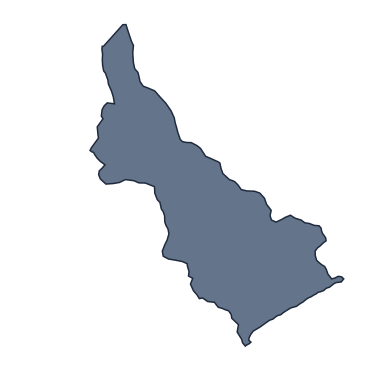 the district of Pyrgos Lemesou, Limassol, Cyprus, rotated 316°
{"feature_id": "46923920B45908077998395", "entity_name": "Pyrgos Lemesou", "entity_type": "district", "adm_level": 2, "iso_a3": "CYP", "parent_name": "Cyprus", "parent_adm1": "Limassol", "projection": "orthographic", "projection_center": [33.184, 34.741], "detail": "fine", "context": "isolated", "style": "filled", "palette": "slate", "viewbox_px": 384, "rotation_deg": 316, "n_neighbors": 0, "source": "geoboundaries", "source_scale": "gbopen_adm2", "svg_char_len": 2515}
<svg xmlns="http://www.w3.org/2000/svg" viewBox="0 0 384 384"><g transform="rotate(316 192 192)"><path d="M228.6,24.8L226.3,26.8L223.3,30.9L219.5,34.4L215.6,38.9L212.5,43.7L212.3,46.3L209.3,53.0L206.9,56.2L204.1,63.7L201.4,69.0L197.5,74.7L192.9,69.0L188.9,69.0L184.6,70.3L179.5,74.4L178.8,77.5L169.1,79.3L164.2,85.4L162.2,88.2L154.8,89.5L150.3,90.3L147.5,91.3L147.9,93.7L148.7,95.1L148.0,97.7L147.3,101.7L147.3,106.1L148.3,112.0L143.9,112.4L139.9,112.4L136.9,114.7L135.1,119.0L135.6,126.5L141.1,131.1L146.5,134.8L152.7,136.8L158.1,143.6L160.1,148.5L164.7,153.2L168.7,162.1L164.4,167.0L161.7,173.5L161.7,177.2L158.1,183.0L157.6,186.2L155.8,190.0L151.6,194.7L150.2,197.6L149.1,201.8L146.4,206.0L140.7,209.3L135.7,211.1L129.6,213.9L126.7,218.2L128.5,223.8L133.2,230.2L136.8,235.4L138.7,240.2L137.1,242.3L134.6,247.2L131.1,250.0L132.5,254.6L126.9,257.2L124.4,264.2L124.2,269.3L123.2,273.8L126.0,275.6L127.2,281.7L131.5,286.9L130.8,293.0L132.9,296.8L134.6,300.8L135.8,302.7L135.1,307.3L132.9,310.5L133.3,319.7L127.2,324.1L125.4,332.4L123.6,335.7L123.3,339.9L124.4,339.9L128.0,340.9L130.1,340.9L129.9,338.0L132.1,336.4L135.2,335.3L139.4,334.6L147.7,336.5L151.5,337.0L154.8,337.5L158.8,338.2L162.1,339.7L165.3,339.9L167.5,340.3L170.8,342.0L173.2,342.1L177.7,342.9L182.8,344.1L187.7,346.8L189.2,347.0L191.0,347.2L196.0,348.3L199.8,348.5L202.7,349.2L204.9,350.1L207.6,350.6L210.5,351.5L213.3,351.8L214.7,352.8L218.3,354.4L221.5,354.4L224.8,356.0L227.8,356.3L230.7,356.6L232.9,357.4L236.9,360.4L240.8,359.9L240.7,357.0L238.7,354.3L234.9,353.1L232.1,351.5L232.7,345.6L234.8,341.0L235.7,337.7L234.9,335.0L234.4,331.6L234.2,327.6L236.5,323.4L239.4,320.1L243.2,319.4L246.8,319.8L251.5,319.8L254.5,320.3L256.3,317.9L257.2,312.1L258.4,309.7L259.8,307.5L259.9,304.5L256.8,301.0L254.5,296.1L251.8,292.6L251.0,288.0L247.9,282.3L246.7,277.1L241.7,275.1L237.0,273.9L231.5,272.0L229.7,267.2L231.8,263.2L236.2,260.2L237.1,252.6L239.8,246.8L240.0,239.8L237.6,235.0L232.1,229.2L229.1,224.4L230.0,218.6L229.9,214.3L229.1,212.1L227.5,209.1L227.0,200.2L229.2,195.3L232.2,190.5L231.8,188.6L229.2,182.0L226.6,175.8L228.4,166.5L227.8,162.1L225.8,156.0L222.6,152.7L220.1,149.2L220.1,146.0L223.2,139.2L225.6,135.1L227.7,131.0L228.4,129.9L230.8,126.2L233.3,119.1L234.8,110.1L235.0,101.4L235.4,93.4L232.8,87.1L230.4,82.0L231.3,76.5L233.9,72.4L236.2,68.4L236.4,63.6L239.6,58.4L245.9,50.9L251.8,45.8L252.3,43.8L253.2,41.4L255.4,36.7L258.4,30.5L260.8,25.7L258.5,23.6L229.4,25.7L228.6,24.8Z" fill="#64748b" stroke="#1e293b" stroke-width="1.5"/></g></svg>